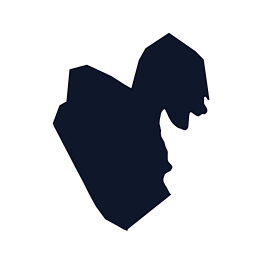 the district of Chatin, Anse-la-Raye, Saint Lucia, rotated 191°
{"feature_id": "8701671B98746614638816", "entity_name": "Chatin", "entity_type": "district", "adm_level": 2, "iso_a3": "LCA", "parent_name": "Saint Lucia", "parent_adm1": "Anse-la-Raye", "projection": "orthographic", "projection_center": [-61.041, 13.919], "detail": "fine", "context": "isolated", "style": "filled", "palette": "ink", "viewbox_px": 256, "rotation_deg": 191, "n_neighbors": 0, "source": "geoboundaries", "source_scale": "gbopen_adm2", "svg_char_len": 2908}
<svg xmlns="http://www.w3.org/2000/svg" viewBox="0 0 256 256"><g transform="rotate(191 128 128)"><path d="M134.1,36.2L132.6,34.8L125.6,32.6L120.3,30.9L113.3,28.5L111.6,28.1L111.4,28.0L108.9,27.6L109.6,27.8L110.4,28.1L74.0,70.8L74.8,71.2L75.7,72.2L76.0,72.6L76.9,73.7L77.7,74.7L78.3,75.5L79.2,76.6L80.2,77.7L81.1,78.6L82.0,79.7L82.7,80.5L83.3,81.4L83.8,82.4L84.1,83.4L84.1,83.9L84.3,84.5L84.3,85.5L84.2,86.2L84.1,87.5L83.9,88.8L83.8,89.6L83.2,90.6L82.6,91.4L82.1,91.8L81.2,92.6L80.0,93.5L79.4,93.9L78.9,94.5L78.4,95.1L78.2,95.7L78.0,96.2L77.9,96.5L77.8,97.3L77.7,97.9L77.8,98.2L78.1,98.8L78.8,99.4L79.5,100.0L80.4,100.5L81.0,101.0L81.6,101.5L82.3,102.0L82.6,102.4L83.1,103.0L83.4,103.6L83.7,104.6L83.9,105.3L84.0,106.1L84.3,107.2L84.6,109.0L84.8,110.3L85.0,111.3L85.2,112.2L85.5,112.7L85.9,113.4L86.3,114.0L86.7,114.5L87.1,115.1L87.7,115.8L88.2,116.6L88.7,117.4L89.0,118.0L89.3,118.6L89.6,119.3L89.9,120.0L90.1,120.5L90.6,121.1L91.1,121.7L92.2,123.1L92.9,123.8L93.6,124.7L94.1,125.4L94.4,125.9L94.7,126.6L94.9,127.2L95.2,127.8L95.4,128.4L95.5,128.9L95.7,129.8L95.7,130.5L95.7,131.2L95.9,132.0L96.4,132.9L96.6,133.3L97.3,135.1L98.0,136.8L98.4,137.5L98.6,138.0L98.8,139.3L98.9,140.0L98.9,140.5L99.0,140.9L99.1,141.6L99.1,142.2L99.1,143.1L99.1,143.6L99.1,144.2L99.1,144.8L99.1,145.6L99.1,146.3L99.1,146.6L99.1,147.0L99.1,147.7L99.1,148.4L99.0,149.2L98.9,149.9L98.6,150.7L98.3,151.5L98.0,152.1L97.6,152.8L97.3,153.3L96.9,153.7L96.4,154.0L96.1,154.1L95.5,154.2L94.8,153.9L94.1,153.2L92.6,151.1L91.0,149.0L89.8,147.2L88.6,145.8L87.2,144.1L86.3,143.1L85.3,142.2L84.3,141.5L82.8,140.4L79.9,138.9L79.1,138.6L78.3,138.3L75.9,138.1L74.8,137.8L72.5,137.4L71.7,137.5L71.2,137.7L70.5,138.4L70.2,138.9L70.0,139.4L69.9,139.8L69.8,140.4L69.8,141.1L69.9,141.7L71.1,152.3L71.1,153.1L71.0,153.9L70.9,154.7L70.8,155.2L70.6,155.5L70.3,155.9L69.9,156.2L69.4,156.3L68.8,156.3L68.0,155.9L67.1,155.5L65.8,154.9L64.2,154.3L63.5,154.0L62.8,153.7L62.1,153.6L61.6,153.6L61.0,153.8L60.7,154.1L60.0,154.8L59.6,155.2L59.0,155.9L58.4,156.4L58.0,156.6L57.3,156.7L56.8,156.8L55.8,156.8L55.2,157.2L54.7,157.8L54.4,158.5L54.2,159.1L54.1,159.7L54.3,160.6L54.5,161.2L54.9,161.8L55.2,162.3L55.8,162.9L56.3,163.5L56.7,164.0L57.2,164.5L57.7,165.0L58.2,165.6L58.6,166.1L58.8,166.6L58.9,167.2L59.1,167.8L59.2,168.6L59.3,169.3L59.4,170.0L59.5,170.7L59.7,171.2L59.8,171.9L59.8,172.5L59.6,173.2L59.5,173.5L59.3,173.8L59.1,173.9L58.7,174.3L58.2,174.4L57.7,174.3L57.2,174.0L56.6,173.6L56.2,173.2L55.8,172.8L55.4,172.3L54.9,171.7L54.2,171.0L59.2,185.7L67.4,209.2L76.8,215.6L105.8,228.4L125.4,209.2L129.6,196.4L131.6,166.5L141.0,169.7L154.4,175.1L180.3,181.5L195.8,174.0L192.7,142.0L198.9,136.7L201.9,118.4L200.7,116.3L199.5,114.8L191.3,104.5L187.1,99.1L186.7,98.7L180.8,91.3L174.9,83.9L174.5,83.5L172.6,80.9L170.4,78.2L162.5,68.5L159.9,65.2L154.7,58.4L151.2,54.0L143.8,45.1L139.0,40.7L134.1,36.2Z" fill="#0f172a" stroke="#020617" stroke-width="1.5"/></g></svg>